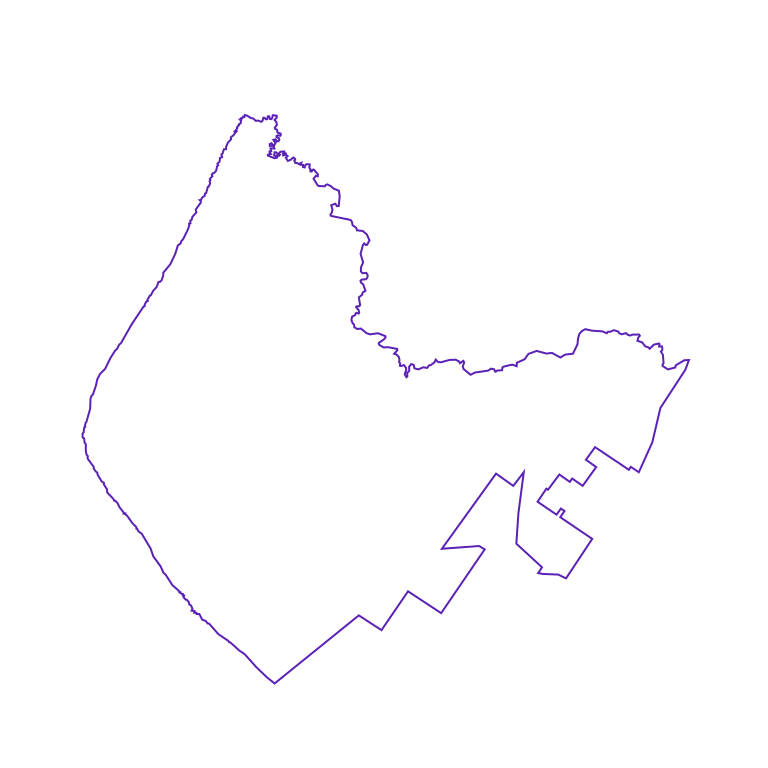 Punta Indio, Buenos Aires, Argentina (Robinson projection), rotated 173°
{"feature_id": "61730980B33989982283720", "entity_name": "Punta Indio", "entity_type": "district", "adm_level": 2, "iso_a3": "ARG", "parent_name": "Argentina", "parent_adm1": "Buenos Aires", "projection": "robinson", "projection_center": [-57.315, -35.457], "detail": "fine", "context": "isolated", "style": "outline", "palette": "violet", "viewbox_px": 768, "rotation_deg": 173, "n_neighbors": 0, "source": "geoboundaries", "source_scale": "gbopen_adm2", "svg_char_len": 6161}
<svg xmlns="http://www.w3.org/2000/svg" viewBox="0 0 768 768"><g transform="rotate(173 384 384)"><path d="M489.4,667.9L490.0,666.1L491.2,666.6L491.8,665.4L493.5,665.2L493.4,664.1L494.8,664.1L493.8,662.5L494.6,660.2L496.5,659.4L496.4,658.6L498.6,656.7L498.4,655.8L500.0,654.1L499.5,653.2L500.8,653.2L500.5,652.2L501.4,652.3L501.1,651.6L502.8,649.4L506.0,647.5L506.0,645.5L509.5,642.6L511.8,638.7L512.1,636.4L514.4,636.4L516.1,632.5L517.4,631.7L517.0,629.0L519.2,628.4L520.1,624.7L522.5,623.0L521.9,621.3L523.1,620.5L524.6,616.2L527.0,614.0L528.4,614.0L529.5,612.5L529.0,611.2L531.9,608.7L531.5,607.4L532.4,606.6L532.1,604.3L533.9,601.3L534.8,601.2L537.2,595.2L538.5,594.8L539.0,592.7L541.5,591.4L543.5,588.9L544.4,588.9L543.5,587.8L543.8,586.3L549.5,580.2L549.4,577.1L553.8,573.3L555.0,570.3L556.4,569.7L556.5,567.1L558.0,566.9L557.9,565.2L559.9,561.1L565.6,552.4L567.9,550.3L568.7,548.3L571.7,546.7L575.4,538.5L581.6,528.8L589.5,521.4L589.9,518.5L592.2,513.9L594.0,512.7L595.4,512.8L597.9,507.9L601.6,504.8L604.6,500.5L605.5,500.4L608.7,496.1L608.3,495.3L610.1,494.5L611.8,492.0L612.1,490.4L613.2,490.2L627.0,474.2L640.0,456.7L642.1,455.3L644.5,451.6L646.9,449.8L652.3,443.2L659.0,433.0L664.5,428.7L668.0,423.6L670.2,417.3L674.1,409.3L675.9,407.7L677.1,405.1L678.7,395.2L684.0,382.6L684.8,382.0L686.1,378.6L685.7,378.0L687.2,376.7L687.9,372.7L689.3,371.4L689.6,367.5L688.3,366.6L688.3,362.3L687.3,360.7L688.1,354.0L687.9,350.3L686.7,348.4L687.3,346.9L686.9,345.4L682.1,336.9L682.4,335.5L680.9,332.5L679.4,331.0L679.3,328.8L676.0,321.5L674.0,320.0L674.3,318.5L671.7,313.0L672.0,310.1L666.5,302.8L666.0,301.0L665.0,300.9L663.0,298.3L661.6,294.1L657.9,287.9L658.2,287.1L656.6,287.1L656.9,286.3L655.1,284.7L650.6,276.4L647.2,272.0L647.4,270.6L646.5,270.2L645.8,267.8L642.7,264.9L635.7,249.1L634.0,241.1L628.0,230.3L625.8,223.4L624.0,221.4L618.4,209.9L612.8,203.7L612.6,202.4L611.4,202.2L611.5,201.1L609.1,200.0L609.5,198.7L608.1,198.3L609.0,196.9L607.1,194.1L606.1,194.0L604.3,191.2L604.1,188.9L602.5,187.7L601.5,184.1L602.6,182.5L599.7,181.7L600.3,180.1L598.0,179.8L598.0,178.5L595.3,178.2L593.2,172.3L589.9,170.6L588.2,167.8L586.9,167.6L578.9,155.9L569.9,148.1L569.1,146.5L568.2,146.4L560.1,137.1L555.2,132.8L545.3,118.6L536.1,107.3L529.1,100.1L437.2,157.4L416.5,140.0L385.4,175.3L355.2,149.6L304.2,207.6L309.3,211.6L346.6,213.4L283.7,281.4L268.1,267.1L256.0,279.5L266.4,239.1L272.1,209.4L249.5,182.8L254.0,177.5L249.4,176.1L234.3,173.6L227.0,168.9L196.2,204.9L225.3,230.3L220.3,235.9L223.6,238.8L228.7,233.3L245.9,248.4L235.6,260.3L234.1,259.1L221.0,272.8L211.5,264.2L208.7,267.2L199.2,258.7L183.5,275.7L192.8,284.2L182.2,295.6L151.4,269.0L149.2,271.7L141.8,265.4L124.8,293.4L112.6,326.5L83.2,361.4L78.4,370.6L83.0,371.0L92.1,367.0L92.9,364.9L100.4,363.9L105.3,368.0L105.2,369.2L104.0,370.5L103.6,378.9L105.2,382.4L103.7,383.6L103.4,386.0L103.5,387.4L106.4,387.7L105.6,389.9L106.2,390.7L111.3,390.2L116.1,386.6L117.1,388.2L120.0,389.4L122.8,393.9L127.1,395.9L126.2,398.9L124.2,400.7L124.8,402.0L131.1,402.7L133.8,402.1L136.0,403.1L137.6,405.0L142.1,404.4L144.3,405.7L145.2,407.6L149.4,409.4L152.8,408.3L155.3,408.6L156.7,407.2L160.7,409.6L171.1,411.6L177.5,413.9L181.2,412.4L183.9,410.0L185.9,405.5L187.1,399.9L192.8,391.0L200.7,391.1L205.7,388.8L213.5,394.4L219.0,394.4L228.4,398.2L236.9,396.3L241.5,391.4L249.5,388.9L250.2,385.5L254.0,387.5L256.9,387.4L263.4,386.6L264.3,386.1L265.2,383.3L270.3,383.5L271.6,382.6L272.3,382.8L272.8,385.1L275.8,386.2L279.0,384.6L292.4,384.3L296.9,382.6L303.2,389.2L303.7,391.7L301.8,395.7L302.5,397.3L306.1,395.4L306.8,397.3L310.0,399.4L316.0,399.9L325.1,398.6L327.7,399.3L329.7,401.9L331.5,399.1L335.5,397.0L337.0,397.0L339.2,394.7L343.0,395.8L348.1,394.3L351.9,395.9L352.2,399.3L354.5,400.5L357.0,398.0L357.3,394.1L359.6,392.1L359.9,388.6L360.9,388.0L362.3,391.1L360.2,395.4L360.2,397.4L361.9,400.4L364.8,399.7L366.0,400.2L365.4,402.4L366.4,404.1L365.7,405.7L365.9,408.8L367.9,411.7L370.2,412.8L366.6,415.9L366.7,417.2L375.0,419.9L380.3,420.5L384.0,423.5L384.2,425.3L378.5,428.4L376.7,430.2L376.9,431.4L383.8,435.1L391.8,435.0L395.0,436.5L400.3,441.9L403.7,441.8L406.5,443.9L406.5,446.7L407.7,448.1L408.6,451.3L407.4,454.8L404.2,455.9L403.5,457.6L402.6,458.0L400.5,457.0L399.9,457.8L400.2,460.4L402.3,463.7L401.8,464.4L399.1,464.3L398.1,465.1L398.4,473.0L394.8,475.3L393.9,477.5L391.1,478.7L392.4,485.2L394.5,487.6L394.8,489.2L393.6,490.3L389.1,490.2L387.6,491.6L386.9,493.9L388.0,496.4L391.9,496.6L393.2,498.5L392.7,502.5L389.9,507.2L391.4,516.1L387.9,524.6L386.6,525.9L385.0,524.1L383.9,524.2L380.9,528.3L382.8,534.5L386.5,538.5L392.1,539.8L392.5,542.4L395.8,545.4L396.1,549.0L397.2,550.9L416.1,557.3L416.6,558.5L414.8,560.7L413.9,563.5L414.6,567.9L410.3,568.9L409.1,566.3L407.2,566.2L405.1,575.8L405.2,581.3L410.5,584.3L412.3,586.6L415.8,589.0L417.4,588.8L418.6,587.4L425.0,588.6L425.8,589.6L428.9,596.4L426.2,598.9L424.5,598.2L424.1,600.2L427.6,605.4L429.0,605.3L429.9,603.7L431.1,604.0L431.0,606.4L431.7,607.9L431.0,611.0L433.7,611.6L435.1,611.2L436.4,608.6L438.0,609.3L437.6,611.3L440.0,611.7L439.1,613.6L441.8,612.7L442.8,613.7L445.1,614.2L445.8,616.8L444.8,617.4L444.8,618.3L446.5,619.9L449.1,618.0L452.2,617.1L453.9,620.6L451.9,622.0L453.4,623.4L453.3,624.8L454.2,625.2L455.1,623.3L456.1,623.1L456.2,624.9L454.8,625.8L454.7,627.0L458.6,627.1L460.3,625.6L459.3,624.3L460.3,623.5L462.7,627.0L464.3,627.3L465.2,624.3L463.5,623.2L462.3,624.0L462.0,623.1L462.5,621.7L463.5,621.5L465.3,621.5L471.3,624.8L471.3,625.7L468.2,626.1L469.4,627.8L469.3,628.8L467.6,628.8L467.9,631.7L464.1,631.1L464.3,632.9L465.3,633.9L468.3,634.3L468.2,636.0L466.3,636.7L465.1,634.5L463.8,634.5L462.4,636.3L464.0,639.8L461.8,640.1L460.8,637.7L459.0,638.0L458.2,639.0L458.2,640.6L460.5,642.1L460.5,643.2L459.0,643.8L456.7,643.0L456.1,643.7L456.1,645.2L459.0,646.5L459.2,649.4L461.0,650.5L461.2,651.7L458.8,654.0L458.8,657.0L460.4,659.4L457.9,661.7L457.8,663.4L461.6,664.3L462.8,661.2L463.9,660.6L465.0,661.0L465.3,663.6L465.9,663.9L466.8,663.7L467.7,661.1L469.0,661.1L470.2,662.8L471.3,663.0L472.4,660.2L473.8,659.2L476.9,660.8L479.4,660.9L481.1,663.3L483.9,664.3L487.2,667.1L489.4,667.9Z" fill="none" stroke="#5b21b6" stroke-width="2"/></g></svg>